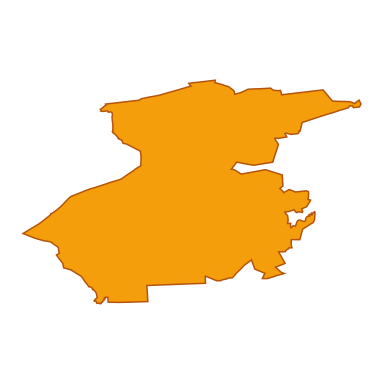 the district of Viesatu pag., Jaunpils, Latvia
{"feature_id": "27541924B50646046706216", "entity_name": "Viesatu pag.", "entity_type": "district", "adm_level": 2, "iso_a3": "LVA", "parent_name": "Latvia", "parent_adm1": "Jaunpils", "projection": "equal_earth", "projection_center": [22.874, 56.816], "detail": "fine", "context": "isolated", "style": "filled", "palette": "amber", "viewbox_px": 384, "rotation_deg": 0, "n_neighbors": 0, "source": "geoboundaries", "source_scale": "gbopen_adm2", "svg_char_len": 5730}
<svg xmlns="http://www.w3.org/2000/svg" viewBox="0 0 384 384"><path d="M105.5,104.1L106.0,105.2L104.8,105.8L101.4,108.8L100.3,109.3L101.4,111.0L101.2,111.1L101.9,111.3L102.2,111.4L104.2,111.3L107.4,110.8L107.5,110.9L108.3,112.2L110.9,111.9L111.9,112.3L112.5,114.8L112.1,116.6L112.1,117.9L112.4,121.1L112.4,121.5L112.9,124.8L112.8,131.4L112.4,131.6L113.5,133.4L114.1,133.2L118.8,138.4L118.4,138.7L121.6,140.1L123.0,143.0L123.2,143.4L125.8,143.8L128.6,145.1L136.2,149.0L140.3,151.1L141.0,155.5L141.0,160.8L140.8,163.6L140.7,164.9L140.9,165.8L137.2,167.9L137.2,168.0L134.4,169.7L134.2,170.2L126.9,175.0L121.3,179.0L116.8,180.5L112.7,181.7L109.7,182.6L107.3,183.5L100.0,185.9L94.4,187.7L91.4,188.6L91.1,188.6L87.7,189.8L70.8,196.5L67.8,199.3L61.5,205.9L57.1,209.7L52.3,213.2L50.8,213.7L50.3,215.1L41.9,221.7L38.6,224.1L30.7,228.9L23.0,233.5L35.1,238.3L43.2,240.6L47.4,241.3L50.6,241.9L53.2,243.8L58.2,247.3L58.5,248.3L58.6,250.4L59.2,253.4L56.4,255.0L58.1,257.3L59.2,258.8L61.4,261.6L62.1,262.6L62.8,263.4L63.6,267.8L68.5,269.2L69.1,269.5L70.7,269.7L71.4,269.9L71.3,270.2L73.6,271.6L75.8,272.9L78.3,274.5L79.9,275.5L80.6,275.9L81.0,276.2L81.3,276.5L82.2,277.5L82.5,278.0L84.4,280.9L89.1,286.9L90.6,286.9L92.9,288.9L92.6,289.6L95.1,291.1L96.4,293.6L96.7,295.3L97.2,297.7L95.5,299.1L94.3,300.5L94.2,301.1L94.4,301.2L94.8,301.1L95.1,301.3L95.5,301.3L95.7,301.2L96.1,301.3L96.3,301.4L96.4,301.6L96.4,301.8L96.6,302.3L96.6,302.7L96.6,302.9L96.6,303.0L96.9,303.1L97.1,303.3L97.6,303.4L97.9,303.3L98.5,303.2L98.8,303.3L99.0,303.2L99.3,303.3L100.1,303.8L100.4,303.8L101.1,303.5L101.1,303.4L101.2,303.1L101.3,302.7L101.2,302.6L101.2,302.4L101.3,302.3L101.5,302.3L101.8,302.2L102.1,302.2L102.6,302.1L102.6,301.8L102.6,301.5L102.7,301.3L103.0,301.1L103.2,300.7L103.4,300.6L103.7,300.3L104.0,300.2L104.1,299.9L104.2,299.6L104.1,299.4L103.9,299.1L104.0,298.8L104.6,298.8L105.1,298.8L105.3,298.7L105.2,298.3L105.0,298.2L104.8,298.2L104.7,298.1L104.6,297.8L104.8,297.7L105.1,297.6L105.2,297.4L105.5,297.2L107.9,297.2L108.1,302.1L113.7,302.3L118.8,302.4L131.0,302.1L147.8,301.6L147.6,298.1L147.4,293.6L146.8,285.5L175.4,284.4L191.5,283.8L205.5,283.3L205.2,276.2L205.3,276.1L209.6,277.8L210.2,278.1L214.1,279.7L215.5,280.3L217.3,280.9L217.6,280.6L220.8,280.7L222.5,279.8L226.4,279.0L228.5,278.1L232.6,277.7L236.2,273.4L238.6,271.1L242.2,267.6L244.6,265.0L245.0,264.7L251.4,260.1L251.5,259.9L252.3,262.2L253.0,264.1L254.8,269.1L264.9,273.3L262.3,278.5L263.8,278.6L266.6,278.6L267.3,278.5L268.1,278.4L271.9,277.2L273.0,276.9L275.4,276.0L276.3,275.7L277.4,275.4L278.7,275.1L280.6,274.5L283.4,273.7L283.9,273.5L284.2,273.4L281.5,272.5L275.5,267.2L285.1,263.4L282.1,258.0L280.9,255.8L279.9,254.1L278.7,251.8L281.1,251.9L282.2,251.9L285.4,251.6L285.4,251.2L286.6,249.8L288.4,248.9L288.7,248.0L292.0,247.7L291.2,245.2L291.3,241.5L291.3,239.6L293.4,239.6L299.8,239.7L302.6,229.2L313.3,222.4L314.6,219.6L315.0,212.1L314.3,211.8L314.0,212.3L313.4,212.8L313.0,213.0L312.5,213.0L311.8,213.0L311.1,213.1L311.1,213.4L311.3,213.6L312.2,214.2L312.1,214.8L311.8,214.9L310.9,214.9L309.7,214.5L309.1,214.5L308.9,215.1L309.5,215.9L309.6,216.1L309.0,216.5L308.2,216.2L307.4,216.4L306.2,217.5L305.6,219.2L305.6,220.7L305.0,221.1L304.2,221.4L303.8,221.4L302.9,221.2L301.3,220.6L300.3,220.2L299.4,220.1L298.6,220.2L298.2,220.4L297.6,220.8L296.7,222.5L296.3,223.6L296.3,224.2L295.9,224.7L295.7,225.8L295.1,226.2L294.2,226.0L293.4,225.7L293.1,225.7L292.4,226.2L292.0,226.6L291.6,227.6L291.3,227.8L290.9,227.7L290.4,226.6L290.5,224.4L290.8,223.6L290.4,223.3L288.8,223.3L287.9,223.7L287.7,223.6L287.6,223.2L287.5,222.8L287.5,222.5L287.7,221.9L287.8,221.5L288.0,221.2L288.2,220.9L288.3,220.7L288.1,220.2L288.0,219.1L287.7,215.9L287.5,215.5L286.9,214.9L285.8,213.7L285.4,213.2L285.0,212.1L289.0,211.5L294.1,209.7L295.5,211.9L296.9,212.7L298.1,212.0L298.2,211.8L302.0,212.2L302.2,212.4L302.8,211.8L301.7,208.8L304.3,207.7L306.5,206.8L307.0,206.0L307.8,204.9L308.2,204.1L310.2,201.1L310.6,200.1L308.0,199.5L307.9,199.5L308.4,196.9L308.5,195.1L308.6,193.8L308.6,193.1L308.6,192.7L308.5,192.1L308.4,191.6L308.2,191.5L306.5,190.9L306.2,190.9L305.1,191.0L304.8,191.2L304.6,191.0L303.7,191.1L297.7,191.8L295.5,192.0L289.2,189.5L283.6,192.7L283.0,191.3L281.5,190.0L281.1,189.7L279.9,188.6L282.9,185.9L282.8,183.3L282.6,183.2L282.6,178.7L282.1,176.7L282.3,176.6L282.4,175.0L269.1,170.8L265.3,169.7L250.1,172.5L241.6,174.0L241.3,174.2L238.6,172.4L236.1,170.7L235.7,170.5L233.5,169.6L233.1,169.5L231.4,169.2L231.5,169.1L236.7,162.1L244.5,163.7L253.6,165.3L272.7,162.2L275.8,152.6L277.6,147.1L278.4,144.4L276.3,141.1L275.0,139.1L274.8,138.3L276.5,138.1L278.4,138.5L278.7,138.3L280.9,137.9L286.8,136.9L285.0,133.6L286.3,133.1L291.0,134.4L298.0,133.6L298.9,132.5L298.7,131.3L300.1,131.1L302.2,122.5L305.0,121.6L309.3,120.1L309.7,120.0L312.4,119.1L320.0,116.6L328.3,114.0L330.7,113.2L330.8,113.3L334.3,112.2L338.5,110.8L338.5,110.7L341.7,109.8L344.3,109.0L348.0,107.9L348.5,107.7L349.6,105.8L353.1,106.2L353.0,107.1L353.5,107.7L359.5,106.9L361.0,104.0L359.1,100.1L357.0,101.5L356.0,102.3L354.5,103.6L352.9,102.8L350.0,101.7L348.7,101.7L346.3,101.5L338.6,101.4L332.5,101.1L329.4,97.5L323.1,89.9L281.6,94.8L281.6,94.7L281.0,92.0L280.5,90.4L278.2,90.7L274.0,90.3L272.7,89.8L270.6,88.1L264.8,88.5L257.9,88.8L252.1,89.0L247.8,89.3L245.8,90.3L241.1,92.5L234.7,94.3L234.6,94.2L234.5,92.8L234.3,91.5L233.5,90.5L233.2,90.1L232.7,89.7L231.6,88.9L230.3,87.9L229.2,87.1L228.9,86.9L227.4,86.4L227.2,86.3L227.1,86.1L226.8,86.2L221.6,84.4L214.8,82.6L215.3,80.2L205.3,81.4L200.0,82.0L194.5,82.6L188.7,83.3L188.8,83.5L189.6,84.6L191.0,86.1L170.3,92.1L169.0,92.4L160.5,94.9L156.9,95.7L149.1,97.1L145.7,97.8L141.2,98.8L139.2,100.2L107.9,103.8L105.5,104.1Z" fill="#f59e0b" stroke="#b45309" stroke-width="1.5"/></svg>